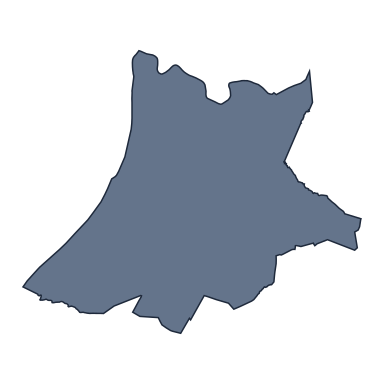 outline of Kota Banjarmasin, Kalimantan Selatan, Indonesia
{"feature_id": "22746128B37126944555810", "entity_name": "Kota Banjarmasin", "entity_type": "district", "adm_level": 2, "iso_a3": "IDN", "parent_name": "Indonesia", "parent_adm1": "Kalimantan Selatan", "projection": "orthographic", "projection_center": [114.6, -3.325], "detail": "fine", "context": "isolated", "style": "filled", "palette": "slate", "viewbox_px": 384, "rotation_deg": 0, "n_neighbors": 0, "source": "geoboundaries", "source_scale": "gbopen_adm2", "svg_char_len": 5763}
<svg xmlns="http://www.w3.org/2000/svg" viewBox="0 0 384 384"><path d="M309.5,71.3L307.0,76.8L305.9,79.5L300.8,83.3L294.4,85.5L288.6,88.0L276.3,94.6L273.9,92.8L272.5,94.0L272.2,94.2L271.9,94.2L271.4,94.2L270.0,94.0L268.8,93.6L267.9,93.2L265.8,91.0L263.2,88.3L261.5,86.9L258.4,84.6L253.5,82.9L251.9,82.1L250.0,81.4L247.3,80.7L246.5,80.7L243.5,80.6L241.7,80.7L239.5,81.2L236.5,81.7L234.4,81.9L232.6,82.2L231.4,82.5L229.6,83.1L229.3,83.4L229.0,84.0L228.8,84.9L228.8,85.4L228.8,85.9L229.0,86.8L229.9,89.0L230.2,90.6L230.4,91.9L230.6,95.2L230.6,95.9L229.9,97.6L229.3,98.5L228.2,99.9L225.2,101.9L223.2,103.2L221.6,104.1L220.5,104.2L218.4,103.6L214.9,101.8L207.7,98.5L207.5,98.4L207.1,98.0L206.6,97.3L206.4,96.8L206.2,96.5L206.1,95.8L205.9,94.4L206.0,91.1L205.0,85.1L204.7,84.4L203.8,82.9L203.4,82.4L202.6,81.7L201.8,81.1L200.3,80.2L195.9,77.9L192.0,76.3L189.7,75.5L188.9,75.1L187.7,74.4L185.8,73.2L184.4,72.2L183.5,71.4L181.9,69.8L180.7,68.4L178.9,66.6L177.6,65.7L176.8,65.3L176.0,65.1L175.2,65.1L174.6,65.2L173.7,65.5L172.7,66.1L171.1,67.6L170.0,68.8L169.0,69.8L166.0,72.1L165.0,72.7L162.7,73.8L162.0,74.0L161.2,74.0L160.5,73.8L158.7,72.8L158.5,72.5L158.0,71.7L157.7,71.2L157.3,69.9L157.2,68.7L157.4,66.9L157.6,65.5L157.7,63.8L157.7,61.5L157.6,60.0L157.3,58.7L157.1,58.3L157.0,58.0L156.6,57.6L155.5,56.5L154.7,56.0L154.5,55.9L153.2,55.2L152.4,54.9L150.6,54.6L146.5,53.8L143.3,52.4L140.6,51.2L138.9,50.7L138.6,51.2L136.0,54.6L135.0,55.5L133.5,57.4L132.9,58.8L132.6,59.9L132.5,61.2L132.4,62.8L132.5,66.9L132.8,70.5L133.1,72.4L133.2,73.6L133.8,76.2L133.7,77.6L132.0,90.9L132.1,92.6L131.9,98.6L132.0,102.8L132.0,118.1L131.8,123.3L131.2,129.2L124.9,156.9L118.7,171.3L116.5,175.3L115.1,176.7L111.7,178.9L107.6,188.7L104.9,194.4L101.0,201.9L93.4,212.4L87.8,219.9L74.8,233.7L65.9,243.4L59.4,249.6L39.9,267.0L37.9,269.1L27.3,280.8L23.0,286.9L37.8,294.2L37.9,294.9L38.1,295.2L38.6,295.6L39.2,295.7L39.6,295.7L39.8,295.4L40.2,295.2L40.7,295.1L41.2,295.3L41.2,295.7L41.2,296.3L40.8,297.7L40.5,298.4L40.5,298.8L40.2,299.4L39.9,299.8L40.3,300.1L40.7,300.2L41.2,300.1L41.8,300.1L42.8,300.1L44.7,299.7L45.7,299.3L46.4,299.3L47.0,299.6L47.5,300.0L48.2,300.2L49.0,300.4L50.2,300.3L51.2,300.5L51.7,300.8L52.0,301.4L52.0,302.1L52.1,302.6L52.6,302.7L53.6,302.7L54.7,302.5L55.6,302.3L56.8,302.2L59.6,302.1L60.3,301.7L61.5,301.5L62.1,301.6L62.9,301.9L65.0,303.4L66.0,303.6L66.5,303.6L67.3,304.1L68.1,304.9L68.2,305.6L68.1,306.4L68.6,306.8L71.4,306.1L71.9,306.3L72.6,306.4L73.8,306.9L74.9,307.3L75.5,307.8L76.3,308.9L77.2,309.3L79.0,311.3L79.7,312.3L80.6,312.5L82.5,312.3L83.5,312.3L84.3,312.6L85.1,312.7L87.0,313.1L89.5,313.4L92.9,313.3L97.9,313.4L100.9,313.4L103.5,313.5L114.1,306.0L140.7,295.5L141.5,295.8L141.1,297.0L138.8,300.9L137.1,304.1L132.7,312.2L139.9,316.4L158.3,317.6L160.1,321.4L162.0,324.9L166.3,327.9L170.5,330.5L172.4,331.2L180.7,333.3L189.4,318.3L190.6,319.9L204.2,295.6L207.6,296.6L216.3,299.6L228.5,303.2L233.8,309.2L240.3,306.4L251.6,301.1L253.8,299.6L257.0,295.7L257.8,294.4L259.2,293.3L259.2,293.0L259.2,292.8L259.4,292.7L259.5,292.4L259.5,292.2L259.6,291.6L259.8,291.5L259.9,291.4L260.0,291.3L260.7,291.0L261.1,290.8L261.9,289.8L262.0,289.6L262.0,289.4L262.4,289.2L262.5,289.0L262.8,288.9L262.9,288.7L263.0,288.6L263.3,288.4L263.4,288.2L263.5,288.0L263.5,287.9L263.7,287.7L264.0,287.3L264.3,287.0L264.4,286.9L264.8,287.1L265.0,287.2L265.2,287.3L265.5,287.3L265.8,287.1L266.4,287.0L266.5,286.8L266.8,286.8L266.9,286.6L267.1,286.6L267.3,286.4L267.6,286.0L267.9,285.7L268.0,285.7L268.5,285.5L268.7,285.2L269.2,285.1L269.3,285.1L269.7,284.9L269.8,284.9L270.1,284.9L270.2,284.7L270.5,284.6L271.6,284.7L273.9,281.9L274.6,274.3L274.8,272.5L276.1,263.8L276.2,260.7L276.2,258.9L276.1,255.8L279.8,254.6L281.2,255.0L282.6,254.4L291.9,249.6L293.9,249.3L294.9,249.4L295.2,247.8L295.4,245.7L295.8,245.6L296.6,245.6L298.1,245.9L299.2,246.1L299.7,246.2L300.2,246.4L301.0,246.5L310.7,243.8L312.7,243.3L312.9,243.4L313.0,243.4L313.4,243.2L313.8,244.1L314.8,245.7L315.6,245.1L316.7,244.1L317.3,243.7L327.5,239.7L354.7,250.2L357.3,247.8L354.7,232.0L358.2,230.0L359.6,226.7L360.7,219.6L361.0,218.8L344.8,213.8L343.5,211.5L339.3,208.4L337.6,206.8L335.8,205.0L334.8,204.1L332.1,202.0L327.8,198.1L327.5,196.8L327.2,196.3L326.8,195.7L322.6,195.1L322.3,195.2L321.9,195.1L320.8,195.1L319.5,195.5L318.6,195.4L318.2,194.8L317.6,193.4L316.5,193.4L315.8,193.3L315.2,193.1L314.4,192.8L314.1,192.9L314.0,193.0L313.8,193.0L313.4,193.4L312.6,192.8L312.3,191.9L312.0,191.5L310.1,190.3L308.6,189.9L308.5,188.9L307.6,188.5L307.2,188.3L306.4,188.1L306.0,188.0L305.4,187.7L304.3,185.8L304.2,185.0L304.2,184.5L304.4,184.0L304.0,183.8L303.3,183.9L302.9,183.8L302.5,183.3L302.5,183.0L302.2,182.8L301.8,182.7L300.7,182.4L299.8,182.0L298.6,181.9L298.0,181.5L297.7,180.3L296.4,178.2L295.7,176.6L295.5,175.9L295.1,175.2L293.7,173.9L292.8,172.3L291.7,170.7L291.5,170.0L291.0,169.6L289.8,168.1L289.2,167.3L289.1,167.5L288.7,167.4L288.4,167.4L288.2,167.6L287.8,167.6L287.7,167.4L287.7,167.1L287.3,166.6L287.3,166.3L287.3,165.8L286.9,165.7L286.2,165.0L286.1,164.5L286.2,164.3L286.5,164.0L286.4,163.7L286.2,163.6L285.9,163.7L285.6,164.0L285.4,163.9L285.2,163.7L284.9,163.5L284.6,163.5L284.7,163.1L284.6,162.8L284.9,162.5L285.1,162.5L285.3,162.6L285.4,162.3L285.0,161.9L284.3,162.1L284.0,162.1L283.9,161.7L284.3,161.2L284.6,160.9L300.5,123.9L301.3,123.1L300.9,122.7L300.9,122.2L301.2,121.2L301.9,120.0L302.5,119.8L302.8,119.6L302.8,119.0L302.9,118.7L303.2,118.3L303.4,118.0L303.3,117.7L303.6,117.2L303.9,116.8L303.8,116.3L303.7,116.1L303.7,115.8L303.9,115.6L304.1,114.9L304.2,114.7L304.5,114.5L304.9,113.9L305.3,113.1L305.5,112.9L306.0,112.0L306.4,111.6L306.9,111.4L307.6,111.2L307.9,111.8L309.3,111.2L308.8,109.8L309.2,109.9L310.6,106.9L312.5,102.4L309.5,71.3Z" fill="#64748b" stroke="#1e293b" stroke-width="1.5"/></svg>